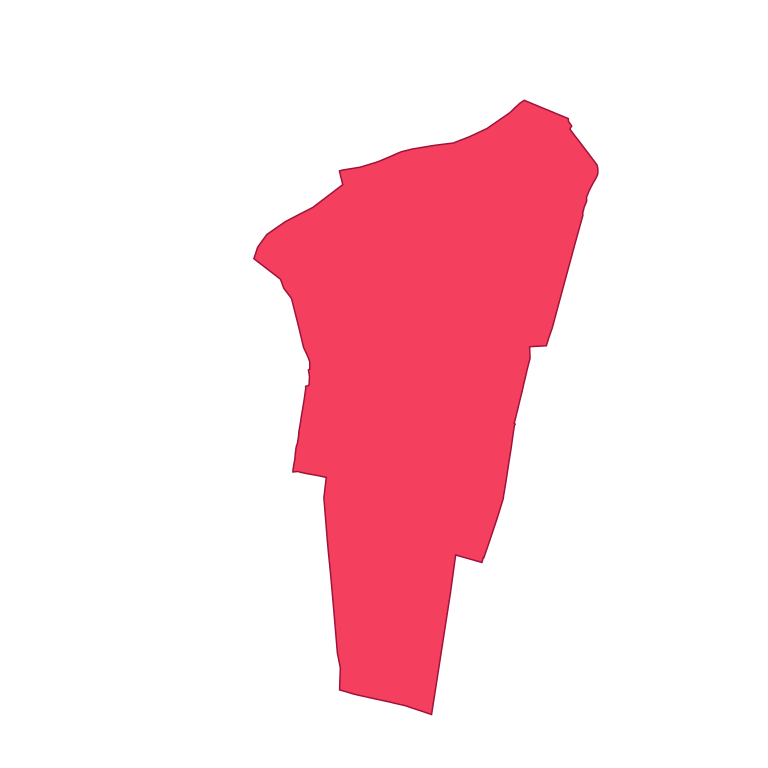 outline of Dichiseni, Calarasi, Romania, rotated 194°
{"feature_id": "2599482B41972871086325", "entity_name": "Dichiseni", "entity_type": "district", "adm_level": 2, "iso_a3": "ROU", "parent_name": "Romania", "parent_adm1": "Calarasi", "projection": "natural_earth1", "projection_center": [27.525, 44.237], "detail": "fine", "context": "isolated", "style": "filled", "palette": "rose", "viewbox_px": 768, "rotation_deg": 194, "n_neighbors": 0, "source": "geoboundaries", "source_scale": "gbopen_adm2", "svg_char_len": 3392}
<svg xmlns="http://www.w3.org/2000/svg" viewBox="0 0 768 768"><g transform="rotate(194 384 384)"><path d="M353.1,76.4L352.4,76.4L346.2,76.2L338.8,75.8L332.2,75.9L316.5,76.3L301.3,76.8L296.9,76.8L291.2,76.9L286.7,77.0L285.5,77.0L280.6,76.6L257.9,74.8L258.0,75.9L258.4,80.4L261.0,109.4L263.0,131.4L265.0,153.4L269.0,197.6L273.1,235.4L245.8,234.5L245.7,239.6L245.1,239.5L243.9,253.0L242.5,270.7L242.0,276.8L241.6,282.9L241.3,287.6L241.2,290.4L241.0,293.7L240.9,295.8L240.7,298.9L240.6,300.9L240.7,303.1L241.0,305.1L241.2,308.7L241.4,310.8L242.0,318.3L244.0,339.5L244.9,350.4L246.0,361.1L246.9,369.4L247.2,372.8L247.4,375.4L247.1,376.2L247.0,376.8L247.9,377.2L248.2,377.2L248.1,379.5L248.1,383.9L248.1,388.6L248.1,393.7L248.2,398.5L248.2,402.8L248.2,406.9L248.2,410.4L248.3,413.7L248.4,417.9L248.4,423.6L248.5,428.1L248.5,429.7L248.6,431.8L248.5,443.6L248.5,444.2L251.7,455.4L235.7,460.4L235.2,469.7L234.3,478.8L233.6,517.2L232.6,566.0L231.8,595.4L232.2,597.2L232.6,597.7L232.5,602.5L232.6,603.4L231.6,610.4L231.7,610.9L232.0,612.0L232.5,613.4L232.6,614.3L232.3,616.8L231.8,620.5L231.3,623.1L229.7,629.6L228.6,633.2L228.1,635.4L227.6,637.4L227.4,638.9L227.6,640.8L228.1,642.9L228.9,645.5L229.7,646.8L230.2,648.0L231.1,648.8L237.2,653.7L239.8,655.8L240.9,656.8L244.0,659.2L250.6,664.5L255.1,668.1L259.1,671.2L264.1,675.3L265.2,676.3L265.0,677.6L265.0,677.8L264.3,679.2L264.2,679.5L265.1,680.5L268.4,683.3L269.3,685.9L269.4,686.1L298.1,690.4L312.0,692.5L316.6,693.2L317.4,692.3L320.1,689.3L322.7,685.3L322.8,685.3L327.6,677.6L335.3,668.9L345.9,656.8L360.8,644.7L375.4,634.4L378.5,633.3L388.1,629.6L394.4,627.1L413.3,618.9L423.3,613.6L427.1,610.8L430.8,607.9L430.7,607.9L444.1,597.9L459.4,588.7L464.0,586.7L475.7,581.7L478.1,580.4L478.8,580.0L476.5,575.5L472.7,568.3L472.2,567.5L476.5,562.2L484.0,552.8L495.8,538.1L507.4,528.0L518.9,517.8L526.4,509.3L533.8,500.8L536.8,493.5L539.7,486.1L540.1,480.1L540.6,474.1L509.8,460.6L507.1,456.6L504.4,452.6L494.5,444.7L480.3,418.2L472.9,403.9L470.9,400.0L466.1,394.1L463.2,390.4L461.3,387.2L461.1,386.3L461.0,386.0L460.6,384.3L460.2,382.7L459.6,380.4L460.1,380.0L460.7,379.6L460.6,379.2L460.6,378.9L459.3,376.1L458.1,373.3L457.3,368.9L456.5,365.0L456.8,364.6L457.2,364.2L457.5,364.0L457.8,363.7L458.6,363.2L459.5,362.8L459.2,361.8L458.9,360.9L458.5,357.1L458.1,353.4L457.6,348.4L457.2,343.5L457.0,341.3L456.8,339.0L456.7,336.8L456.5,334.5L456.4,333.2L456.2,330.8L456.1,329.7L456.1,329.2L455.9,328.1L455.7,326.9L455.7,325.9L455.6,324.8L455.5,323.5L455.4,322.2L455.3,320.6L455.2,319.1L455.1,317.7L455.0,316.3L454.8,315.7L454.6,315.1L454.6,314.2L454.5,313.4L454.3,312.8L454.2,312.2L453.7,305.7L453.7,305.3L453.7,304.8L453.8,304.3L453.8,303.8L453.9,303.3L454.0,302.9L453.9,301.3L453.8,299.8L453.6,298.5L453.5,297.1L453.2,294.9L452.8,292.7L452.6,291.2L452.4,289.6L452.3,289.1L452.2,288.7L452.2,286.8L452.1,284.9L451.9,283.4L451.8,281.9L451.7,280.5L451.6,279.0L451.4,278.2L451.2,277.5L451.2,277.1L451.2,276.8L451.1,276.6L448.6,277.5L446.2,278.3L444.8,278.2L443.5,278.1L441.8,278.2L440.1,278.3L439.1,278.3L438.0,278.3L432.4,278.7L426.7,279.1L423.9,279.2L421.1,279.3L419.6,279.3L418.2,279.3L417.4,279.4L416.8,274.5L416.2,269.9L414.8,259.0L408.0,238.8L401.2,218.6L397.2,207.1L393.1,195.7L390.4,188.2L387.8,180.7L378.2,152.9L366.4,118.3L364.1,111.5L360.9,104.8L357.7,98.0L354.3,81.9L353.1,76.6L353.1,76.4Z" fill="#f43f5e" stroke="#9f1239" stroke-width="1.5"/></g></svg>